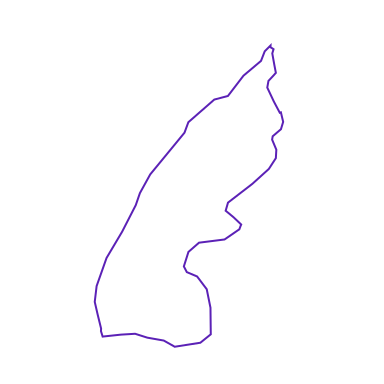 the district of Diamond/Diamond Estate, Soufrière, Saint Lucia, rotated 100°
{"feature_id": "8701671B2571810219289", "entity_name": "Diamond/Diamond Estate", "entity_type": "district", "adm_level": 2, "iso_a3": "LCA", "parent_name": "Saint Lucia", "parent_adm1": "Soufrière", "projection": "natural_earth1", "projection_center": [-61.044, 13.852], "detail": "fine", "context": "isolated", "style": "outline", "palette": "violet", "viewbox_px": 384, "rotation_deg": 100, "n_neighbors": 0, "source": "geoboundaries", "source_scale": "gbopen_adm2", "svg_char_len": 914}
<svg xmlns="http://www.w3.org/2000/svg" viewBox="0 0 384 384"><g transform="rotate(100 192 192)"><path d="M344.8,257.5L349.9,254.9L344.8,237.2L341.5,223.4L343.2,210.7L343.2,194.0L347.1,182.9L347.4,182.2L339.0,157.6L328.9,148.8L302.8,153.7L285.2,160.6L274.3,172.3L271.8,183.2L266.7,187.1L251.6,185.1L240.7,176.3L233.1,151.7L220.5,138.9L217.2,138.3L215.5,137.9L209.6,146.8L204.6,155.6L196.2,154.7L173.5,134.0L155.9,120.3L144.1,115.3L135.7,116.3L126.5,122.2L123.1,122.2L114.7,115.3L107.1,114.4L98.1,118.3L98.3,118.7L98.7,119.3L98.2,119.7L88.7,127.1L76.1,136.0L69.3,136.0L63.8,132.4L60.1,130.1L52.5,133.0L41.6,137.0L37.2,136.5L36.7,137.6L35.8,139.9L34.1,140.1L40.8,144.8L50.9,146.8L68.5,161.5L91.2,173.3L97.1,186.1L123.9,207.7L134.9,209.7L181.9,236.2L202.1,243.1L214.7,245.1L243.2,253.9L271.8,264.7L301.2,269.6L317.1,268.7L328.9,263.7L342.3,257.8L344.8,257.5Z" fill="none" stroke="#5b21b6" stroke-width="2"/></g></svg>